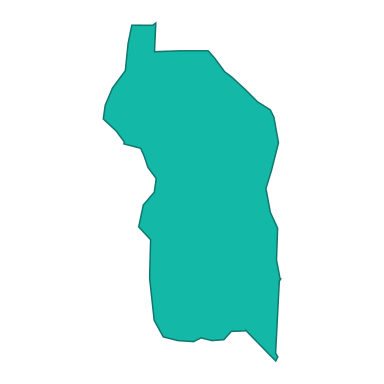 Grums, Värmland, Sweden
{"feature_id": "70781695B11595834980673", "entity_name": "Grums", "entity_type": "district", "adm_level": 2, "iso_a3": "SWE", "parent_name": "Sweden", "parent_adm1": "Värmland", "projection": "orthographic", "projection_center": [13.042, 59.403], "detail": "fine", "context": "isolated", "style": "filled", "palette": "teal", "viewbox_px": 384, "rotation_deg": 0, "n_neighbors": 0, "source": "geoboundaries", "source_scale": "gbopen_adm2", "svg_char_len": 767}
<svg xmlns="http://www.w3.org/2000/svg" viewBox="0 0 384 384"><path d="M123.9,143.9L140.7,148.3L144.3,156.5L148.0,167.5L156.2,178.5L154.3,192.2L143.3,205.0L138.7,226.9L150.6,239.7L149.6,278.2L154.2,320.4L163.3,336.9L178.0,340.6L193.6,341.6L201.0,337.9L212.0,340.6L223.9,339.7L231.3,331.4L246.2,330.8L246.2,330.7L249.0,333.7L275.7,361.0L277.8,357.0L275.6,353.1L279.3,281.2L280.7,279.0L280.1,279.0L276.5,260.0L277.6,228.2L270.4,212.5L265.9,188.5L271.3,171.1L278.5,142.8L273.9,117.2L270.3,109.9L257.5,101.8L245.6,89.9L231.9,77.2L224.6,71.7L214.6,58.1L208.2,50.8L180.0,50.8L154.5,51.7L155.8,23.0L152.7,25.3L131.8,25.2L128.1,43.4L125.3,70.7L112.5,88.0L105.2,105.3L103.3,119.0L116.1,130.9L124.3,141.9L123.9,143.9Z" fill="#14b8a6" stroke="#0f766e" stroke-width="1.5"/></svg>